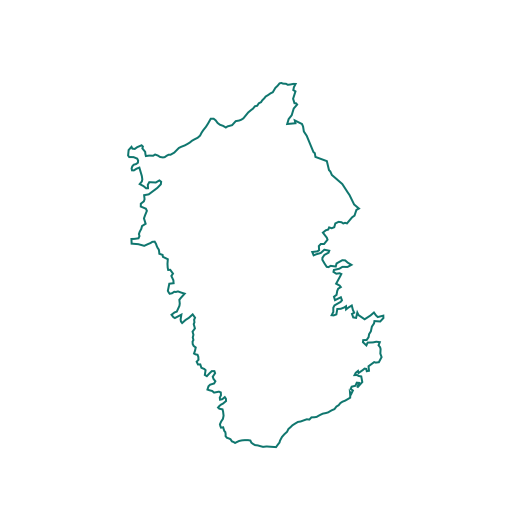 Bossoroca, Rio Grande do Sul, Brazil (Equal Earth projection), rotated 43°
{"feature_id": "56859067B25851744085744", "entity_name": "Bossoroca", "entity_type": "district", "adm_level": 2, "iso_a3": "BRA", "parent_name": "Brazil", "parent_adm1": "Rio Grande do Sul", "projection": "equal_earth", "projection_center": [-54.962, -28.651], "detail": "fine", "context": "isolated", "style": "outline", "palette": "teal", "viewbox_px": 512, "rotation_deg": 43, "n_neighbors": 0, "source": "geoboundaries", "source_scale": "gbopen_adm2", "svg_char_len": 5662}
<svg xmlns="http://www.w3.org/2000/svg" viewBox="0 0 512 512"><g transform="rotate(43 256 256)"><path d="M389.8,212.8L386.7,217.6L384.2,217.6L380.8,216.9L380.3,221.4L378.6,228.2L371.3,229.3L368.7,228.3L371.4,233.0L369.0,234.6L365.7,232.9L366.5,230.5L363.7,229.4L359.8,226.9L358.7,230.8L358.3,233.6L356.1,231.4L355.6,233.5L354.0,236.8L351.6,239.3L354.6,243.9L353.3,246.5L351.7,247.7L350.7,244.2L347.8,241.1L347.1,238.6L349.2,231.8L349.1,229.8L346.2,228.3L343.9,234.4L340.8,232.6L341.4,229.5L339.2,226.1L338.4,223.9L339.2,220.9L337.3,220.6L333.5,221.6L331.5,213.8L330.7,211.0L328.9,211.6L326.8,214.2L323.5,214.8L322.5,213.1L325.6,208.5L326.6,205.0L330.4,201.6L331.8,197.4L327.6,198.3L324.2,198.4L322.0,200.2L320.0,206.5L321.5,209.3L317.3,212.3L316.6,214.7L315.1,215.7L311.4,214.8L307.1,213.5L305.8,212.0L305.3,208.6L306.8,204.1L306.0,202.2L301.7,204.8L301.3,209.6L298.8,213.8L297.7,216.2L294.4,214.7L297.7,210.8L298.2,208.7L295.2,205.9L295.2,203.0L297.6,200.8L297.2,195.3L295.3,194.3L289.0,193.3L289.5,189.6L290.8,187.4L290.0,185.2L292.4,184.1L293.6,181.6L291.8,178.1L293.1,174.7L295.5,173.0L297.6,172.7L298.5,171.0L300.3,170.1L299.9,162.1L300.5,159.3L298.0,153.8L298.9,151.1L292.6,151.4L282.7,147.6L279.5,146.9L270.0,144.5L256.2,145.0L252.7,143.5L250.8,143.4L243.1,138.3L231.9,143.0L228.9,140.7L227.1,140.8L211.1,133.5L206.1,132.3L202.1,129.2L199.6,128.1L191.9,130.4L194.3,132.0L188.8,138.2L186.5,133.6L186.1,128.7L183.0,122.4L182.8,117.2L181.2,117.0L179.9,118.0L175.9,115.7L172.6,108.7L170.1,109.2L168.6,106.7L167.6,103.2L166.0,104.6L164.1,107.2L162.5,109.1L160.5,109.6L158.2,111.5L156.5,112.2L155.5,113.7L155.7,116.8L155.5,119.8L156.6,124.8L155.7,127.1L155.1,130.0L154.3,132.8L154.5,134.9L154.4,138.0L154.8,140.0L153.9,142.4L154.4,145.3L153.1,147.2L153.3,150.3L152.9,152.4L152.4,156.3L152.9,164.0L152.3,166.3L151.3,168.4L149.2,171.2L149.3,176.6L146.8,180.6L146.3,182.6L143.1,183.3L140.1,184.6L137.2,184.9L134.0,184.3L131.4,184.5L129.3,186.5L130.6,191.9L131.3,195.7L131.6,199.8L132.1,202.9L133.0,206.1L132.7,209.3L131.4,212.8L130.6,215.3L130.2,218.2L129.5,220.7L128.5,223.7L126.8,227.2L125.9,229.6L125.7,236.2L124.4,240.3L123.0,241.6L122.3,243.6L121.8,246.0L120.7,247.4L118.3,249.0L115.6,249.5L113.0,250.6L112.4,252.8L109.4,255.4L107.3,258.0L105.5,256.8L103.9,255.4L99.5,254.8L98.6,253.1L96.8,253.1L94.9,257.4L94.3,260.4L92.4,261.8L90.5,261.1L90.6,265.4L93.9,269.7L95.8,270.1L99.0,267.2L102.7,265.8L104.7,266.6L106.0,268.3L105.6,270.5L104.3,272.7L104.4,274.9L105.3,276.8L106.9,277.9L108.3,276.7L109.1,273.6L110.4,270.9L118.0,275.4L120.6,277.5L121.7,279.3L121.9,282.7L126.1,281.6L129.5,281.4L130.8,280.1L128.3,277.7L127.6,274.8L130.4,272.4L132.6,270.6L133.8,266.6L136.0,266.4L137.5,268.5L137.4,273.5L135.5,284.1L132.7,287.8L135.8,290.5L136.7,292.5L136.1,296.3L138.0,298.4L143.2,296.5L145.4,297.4L147.1,301.9L148.4,304.9L153.3,307.7L152.2,311.8L153.6,314.4L154.4,317.5L155.4,319.8L157.2,320.9L158.0,323.2L155.5,326.3L153.3,328.5L156.6,331.8L161.9,327.6L167.3,324.8L168.9,320.9L170.0,318.5L170.5,316.4L172.1,314.6L174.8,315.4L176.2,316.2L178.3,317.1L180.5,317.6L182.0,318.7L183.8,320.3L186.9,318.9L188.5,320.1L193.7,318.5L196.6,322.1L199.3,324.7L201.3,326.1L202.7,324.6L207.3,325.5L207.7,328.3L212.1,330.1L214.3,332.1L211.5,335.4L215.3,341.6L217.1,342.2L218.6,342.5L220.0,340.5L220.6,337.9L221.9,337.0L223.1,335.1L226.4,333.7L229.5,332.2L229.6,337.7L229.8,340.3L232.7,342.8L234.0,344.7L236.0,350.7L234.9,352.8L234.3,356.6L237.3,357.1L239.0,356.7L241.4,349.8L244.2,353.9L245.8,355.1L247.7,355.4L248.1,350.8L249.1,347.0L249.5,341.9L253.5,342.7L254.2,344.8L256.2,346.5L256.9,348.3L260.7,350.6L261.2,354.6L264.0,356.3L265.3,358.7L267.5,360.1L268.0,361.9L269.8,363.6L271.8,364.3L274.3,364.0L276.0,366.9L277.2,369.6L278.8,369.2L280.6,368.1L282.6,369.1L284.7,371.1L284.7,373.8L287.5,374.9L289.2,373.3L292.3,375.0L295.2,373.9L297.0,373.9L299.7,377.9L302.0,377.4L302.0,373.5L302.2,370.3L304.1,368.6L306.0,369.6L306.7,373.8L308.8,374.9L311.7,375.3L312.3,377.8L310.2,381.4L310.1,383.7L311.6,386.8L313.4,386.0L316.0,384.6L318.5,384.5L321.4,380.5L323.3,379.8L325.3,381.7L326.1,384.3L327.7,385.6L329.0,383.7L329.4,380.5L331.3,380.9L333.0,382.5L332.5,386.6L331.8,388.4L331.5,390.7L331.6,392.7L333.3,392.7L336.1,391.0L338.0,392.2L341.2,394.9L342.9,397.7L343.4,400.8L344.4,403.7L346.1,404.8L347.5,405.4L348.8,403.7L350.7,404.8L352.2,405.6L353.6,405.7L355.2,406.9L356.6,408.5L358.6,408.8L360.7,407.9L362.3,407.4L364.8,408.0L366.6,407.3L368.2,407.0L368.8,405.3L369.8,402.8L371.4,400.5L373.2,398.5L375.9,396.0L377.7,394.8L379.9,395.7L381.8,395.5L384.2,395.0L386.5,393.3L388.5,392.3L391.3,390.8L393.7,388.0L395.1,386.9L401.0,382.1L400.6,378.9L400.4,376.4L399.5,374.7L398.4,370.6L398.3,367.0L398.6,363.4L397.7,360.4L398.0,357.6L398.1,355.0L398.9,351.9L399.8,348.8L401.5,346.6L403.5,342.7L404.5,340.8L406.6,339.2L406.6,336.2L408.6,334.2L410.1,332.3L410.7,330.2L411.4,328.2L412.4,325.7L414.2,323.2L415.4,321.2L416.0,319.1L416.6,317.2L417.8,314.5L417.5,311.2L418.2,308.8L418.0,306.0L418.6,303.6L419.8,301.1L420.8,297.9L421.5,295.4L420.2,293.9L417.5,291.4L419.7,291.8L418.6,288.3L415.9,288.7L415.1,286.3L417.2,283.1L416.1,279.9L417.8,278.6L419.8,283.1L419.7,275.7L417.0,273.7L415.1,272.3L413.0,273.7L411.0,274.2L409.3,275.9L408.6,273.4L409.0,270.5L410.8,271.6L411.9,266.6L412.2,264.3L413.6,263.4L415.6,264.7L416.9,262.9L413.5,259.9L414.8,253.0L416.3,252.3L418.3,249.9L416.8,244.3L413.5,242.6L410.6,239.1L409.0,238.1L406.5,237.7L405.3,234.6L402.4,236.7L400.5,239.4L396.7,243.2L397.7,246.1L393.0,246.1L391.8,244.4L394.2,242.0L393.7,238.6L392.0,236.0L391.4,232.8L388.9,228.6L388.3,224.8L387.0,222.8L391.5,219.2L391.5,214.5L389.8,212.8Z" fill="none" stroke="#0f766e" stroke-width="2"/></g></svg>